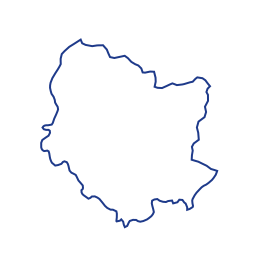 outline of Dubrowna, Vitebsk, Belarus, rotated 348°
{"feature_id": "67162791B1773631612848", "entity_name": "Dubrowna", "entity_type": "district", "adm_level": 2, "iso_a3": "BLR", "parent_name": "Belarus", "parent_adm1": "Vitebsk", "projection": "mercator", "projection_center": [30.836, 54.609], "detail": "fine", "context": "isolated", "style": "outline", "palette": "blue", "viewbox_px": 256, "rotation_deg": 348, "n_neighbors": 0, "source": "geoboundaries", "source_scale": "gbopen_adm2", "svg_char_len": 2588}
<svg xmlns="http://www.w3.org/2000/svg" viewBox="0 0 256 256"><g transform="rotate(348 128 128)"><path d="M206.3,188.5L203.9,187.1L200.6,185.3L197.1,181.3L193.1,178.2L189.8,175.6L186.8,174.0L183.7,172.3L184.9,167.9L186.6,163.6L186.6,159.7L189.1,156.8L194.8,154.2L195.7,147.2L195.5,141.8L198.3,136.4L205.1,133.3L207.7,128.6L207.7,123.2L211.9,118.1L213.1,112.2L212.2,109.1L214.0,106.1L216.9,104.2L215.2,100.9L213.6,97.4L211.2,94.8L206.3,92.9L204.2,93.9L200.9,96.2L198.1,96.2L192.0,96.7L190.1,96.7L184.7,96.2L182.6,94.8L180.7,93.6L178.1,94.1L174.3,95.0L169.6,96.0L165.2,94.8L162.6,93.2L164.7,88.5L165.4,84.5L165.2,78.4L161.4,77.4L156.2,77.4L153.9,76.7L153.4,72.5L151.1,69.0L148.3,67.1L145.0,64.0L142.4,59.6L139.8,56.7L133.4,56.7L129.2,56.7L125.2,54.9L124.3,50.9L123.6,46.9L120.8,41.9L115.1,40.8L110.0,40.5L103.8,37.9L100.8,35.6L100.1,31.7L92.4,34.6L87.4,36.4L81.9,39.6L78.6,41.9L76.5,46.3L75.9,49.3L75.5,51.5L73.8,53.6L71.5,56.1L68.4,59.2L64.4,63.5L61.7,67.6L60.7,70.0L60.1,72.5L60.1,75.7L60.3,78.6L61.7,82.0L62.2,85.3L62.0,87.9L62.7,90.2L63.6,92.6L63.5,95.2L62.6,96.8L60.7,99.6L59.3,101.5L57.8,103.5L55.5,107.4L54.1,108.8L50.2,108.7L48.6,108.3L46.8,108.3L45.6,108.8L44.5,109.8L45.4,111.7L47.5,112.8L49.9,113.3L50.9,114.4L50.7,116.5L48.7,119.0L45.9,120.1L41.7,121.9L40.0,124.5L39.6,126.5L39.1,128.8L39.2,130.3L39.8,131.9L41.1,133.1L42.9,133.3L44.3,133.3L45.5,134.3L45.7,136.4L45.5,140.1L45.5,142.0L45.8,144.1L46.3,146.1L49.0,149.6L51.9,149.7L55.4,149.2L57.3,147.7L58.9,147.4L61.0,148.7L61.7,150.7L61.9,152.9L61.9,154.5L62.0,157.5L63.3,159.9L65.1,161.3L67.1,163.0L67.7,165.1L68.6,169.0L69.9,171.3L71.8,174.8L71.5,177.3L70.9,178.4L69.5,179.2L69.2,181.4L69.7,183.2L70.6,184.5L73.0,187.1L74.6,188.9L76.7,188.5L78.4,187.5L81.3,188.0L83.6,189.7L85.3,191.5L87.5,195.7L89.3,199.4L91.1,201.9L93.9,204.2L96.3,204.8L99.3,207.1L99.3,209.4L98.5,213.0L97.3,216.6L97.5,217.0L100.8,217.0L102.4,216.0L103.8,218.6L103.8,221.7L104.3,224.3L106.9,223.6L109.2,220.5L110.4,219.3L113.7,218.9L116.8,219.6L118.4,221.2L120.5,222.2L123.6,222.2L127.6,221.4L129.7,220.5L132.5,219.1L134.4,217.5L135.8,215.6L135.8,212.8L135.6,209.2L135.6,206.6L136.5,204.1L138.9,203.4L141.9,203.6L143.8,205.7L146.8,207.4L149.7,208.3L152.0,207.8L156.0,208.1L156.5,211.1L157.2,211.1L160.9,210.9L163.3,208.8L166.3,209.7L167.5,212.5L168.7,213.9L169.4,217.9L168.9,220.3L171.5,220.0L174.8,218.8L175.4,217.8L175.4,215.1L175.7,212.4L176.4,211.0L179.2,207.7L181.6,205.5L185.3,202.9L187.7,201.3L190.0,200.3L192.8,199.6L195.5,198.4L199.3,196.3L201.4,194.6L204.1,192.0L205.8,189.4L206.3,188.5Z" fill="none" stroke="#1e3a8a" stroke-width="2"/></g></svg>